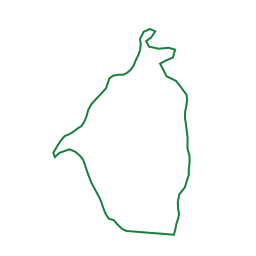 Japaratinga, Alagoas, Brazil (Robinson projection), rotated 191°
{"feature_id": "56859067B76266642594277", "entity_name": "Japaratinga", "entity_type": "district", "adm_level": 2, "iso_a3": "BRA", "parent_name": "Brazil", "parent_adm1": "Alagoas", "projection": "robinson", "projection_center": [-35.291, -9.093], "detail": "fine", "context": "isolated", "style": "outline", "palette": "green", "viewbox_px": 256, "rotation_deg": 191, "n_neighbors": 0, "source": "geoboundaries", "source_scale": "gbopen_adm2", "svg_char_len": 1146}
<svg xmlns="http://www.w3.org/2000/svg" viewBox="0 0 256 256"><g transform="rotate(191 128 128)"><path d="M194.2,85.5L190.6,90.5L186.9,92.7L181.5,95.9L175.4,94.7L169.8,91.5L166.2,88.4L163.8,84.8L161.1,79.8L157.9,74.3L153.7,67.6L149.3,62.1L145.6,57.7L142.6,53.9L139.9,49.9L137.1,45.0L134.0,40.0L129.6,35.3L124.4,34.8L119.7,31.1L114.4,27.8L110.0,26.6L62.6,32.0L62.2,37.7L62.2,43.4L61.5,48.2L61.5,53.4L63.4,58.3L65.0,64.8L65.0,72.6L60.8,80.7L60.2,87.3L59.4,93.2L60.5,99.6L61.0,106.1L62.3,112.4L65.6,119.0L67.8,130.2L72.2,143.8L74.1,148.9L75.0,155.1L75.0,161.3L75.4,167.0L76.8,171.7L86.6,180.7L89.9,183.4L99.9,186.1L108.8,197.3L103.2,201.8L97.3,205.8L96.7,213.9L103.2,214.5L113.0,211.7L122.9,211.9L126.8,216.7L122.6,221.2L119.7,228.1L125.4,229.4L131.0,225.4L133.2,217.9L131.4,212.2L131.0,207.2L131.7,201.8L133.2,196.3L134.3,190.8L136.4,185.8L139.2,182.2L142.6,179.5L147.8,178.4L152.4,176.7L155.7,173.2L157.2,162.7L160.7,156.8L165.1,150.0L168.5,144.3L170.5,138.1L171.0,131.0L172.0,126.3L174.0,121.1L177.7,117.6L181.5,113.3L184.7,110.6L188.7,107.9L191.5,102.9L193.7,97.5L196.6,89.4L194.2,85.5Z" fill="none" stroke="#15803d" stroke-width="2"/></g></svg>